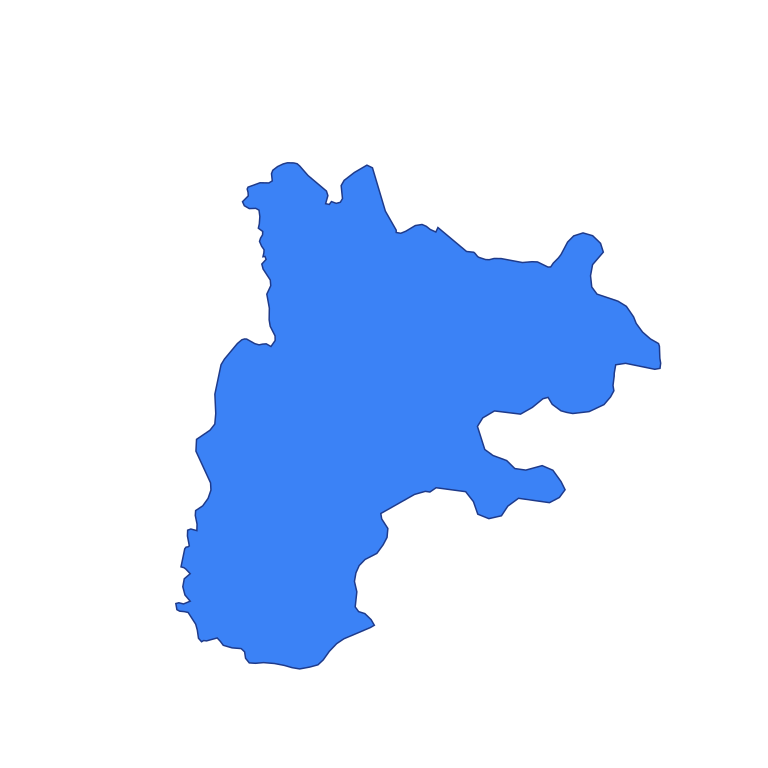 outline of Mou Houn, rotated 340°
{"feature_id": "BFA-2804", "entity_name": "Mou Houn", "entity_type": "Province", "adm_level": 1, "iso_a3": "BFA", "parent_name": "Burkina Faso", "parent_adm1": "", "projection": "mercator", "projection_center": [-3.423, 12.234], "detail": "fine", "context": "isolated", "style": "filled", "palette": "blue", "viewbox_px": 768, "rotation_deg": 340, "n_neighbors": 0, "source": "natural_earth", "source_scale": "10m", "svg_char_len": 3087}
<svg xmlns="http://www.w3.org/2000/svg" viewBox="0 0 768 768"><g transform="rotate(340 384 384)"><path d="M633.8,322.1L635.6,325.9L635.2,335.1L620.8,343.2L615.1,352.9L612.4,363.9L614.9,372.4L632.2,386.2L638.3,393.9L641.5,406.3L641.7,413.3L644.7,423.6L649.8,432.8L655.8,439.9L655.7,442.8L652.0,454.2L651.1,459.1L648.7,463.7L643.5,462.8L618.1,447.2L608.3,445.2L604.0,452.7L603.0,455.3L598.7,463.7L597.7,469.0L592.5,473.6L583.7,478.6L567.3,480.1L551.3,476.3L546.0,473.2L541.1,469.7L535.1,460.6L533.6,452.7L528.3,452.2L515.5,456.7L502.0,459.0L478.6,447.1L465.2,449.6L457.3,455.8L456.3,480.0L461.9,488.4L473.1,497.9L478.0,508.2L487.8,513.4L504.7,514.8L513.2,522.8L517.0,536.3L518.0,545.3L510.0,550.6L498.9,552.1L471.3,537.4L458.6,541.1L449.3,548.0L436.5,546.4L427.6,538.4L427.8,525.1L423.9,513.1L397.5,499.3L390.2,501.2L386.1,499.0L374.9,498.2L336.7,504.6L335.7,510.0L338.2,521.1L334.4,529.2L328.2,534.8L319.4,540.7L306.2,542.4L298.6,546.1L293.0,551.9L288.7,559.4L287.4,570.0L280.7,583.6L282.3,589.2L287.5,593.2L291.3,601.1L292.4,607.4L287.9,608.2L259.2,609.7L250.7,611.8L241.2,616.5L232.5,622.5L225.9,625.3L217.4,624.6L207.3,622.9L200.6,619.1L194.0,614.3L185.5,609.2L175.5,604.6L167.7,602.5L162.0,600.0L160.1,594.4L161.4,588.0L159.3,583.8L151.0,580.0L143.6,574.6L142.2,569.9L140.4,565.6L129.4,564.7L126.8,563.4L124.4,563.8L122.7,559.5L124.4,551.4L124.9,545.3L121.8,531.7L118.5,529.6L114.3,527.6L112.2,525.2L113.3,519.1L116.4,519.4L120.4,522.1L127.6,521.8L124.8,514.2L125.6,505.7L129.7,498.7L137.0,496.0L134.5,490.2L133.3,488.3L130.7,486.4L140.4,470.7L142.2,469.6L144.2,470.0L145.7,469.5L147.3,459.6L149.5,454.2L152.9,454.2L158.0,457.8L160.4,451.7L161.7,443.0L163.7,438.5L172.0,436.5L179.6,431.3L185.1,424.5L187.2,417.6L184.3,382.8L188.9,371.9L204.7,367.9L211.3,363.8L215.8,354.2L221.6,335.7L237.5,310.1L242.6,306.0L260.1,295.8L265.6,293.8L268.4,294.0L270.3,294.8L276.4,301.9L280.0,304.5L283.6,305.0L287.1,306.0L290.6,310.1L296.6,305.9L298.1,301.5L296.8,290.9L298.0,284.5L302.2,273.5L303.1,268.3L304.6,259.5L311.2,252.9L312.7,247.4L309.7,234.6L310.2,229.5L315.8,226.6L315.8,223.4L313.8,223.0L316.0,219.6L317.2,216.8L316.1,212.6L315.8,207.4L317.9,204.7L320.9,202.3L322.2,199.2L319.2,194.6L321.6,190.9L324.6,184.2L326.0,177.9L323.6,175.1L317.4,173.1L313.7,168.7L313.4,164.3L320.8,160.8L321.8,157.4L322.1,154.0L323.6,152.5L336.3,152.5L344.6,155.7L348.5,154.9L350.2,147.9L352.6,145.1L358.3,143.3L364.5,142.7L368.9,143.1L374.8,145.4L377.7,147.3L379.4,150.4L383.9,162.1L395.9,183.0L395.7,187.8L390.8,194.6L394.1,196.6L394.7,196.1L397.0,194.6L400.9,197.9L405.1,198.3L408.4,195.6L411.6,182.9L416.2,179.0L428.5,175.1L442.8,172.5L447.1,176.9L444.4,222.0L448.1,243.6L447.3,245.8L451.3,248.1L456.7,247.9L467.6,245.8L474.3,247.1L477.7,250.3L480.3,254.6L484.7,258.9L488.2,255.4L506.9,287.7L513.4,290.9L514.2,292.3L515.5,296.1L516.3,297.3L522.0,301.8L525.4,303.2L530.4,303.7L537.0,306.2L555.6,317.2L564.9,319.7L570.0,321.8L578.1,330.2L580.7,331.0L584.4,328.3L591.0,325.2L594.6,322.9L605.1,313.4L612.9,309.7L622.7,310.1L630.8,316.0L633.8,322.1Z" fill="#3b82f6" stroke="#1e3a8a" stroke-width="1.5"/></g></svg>